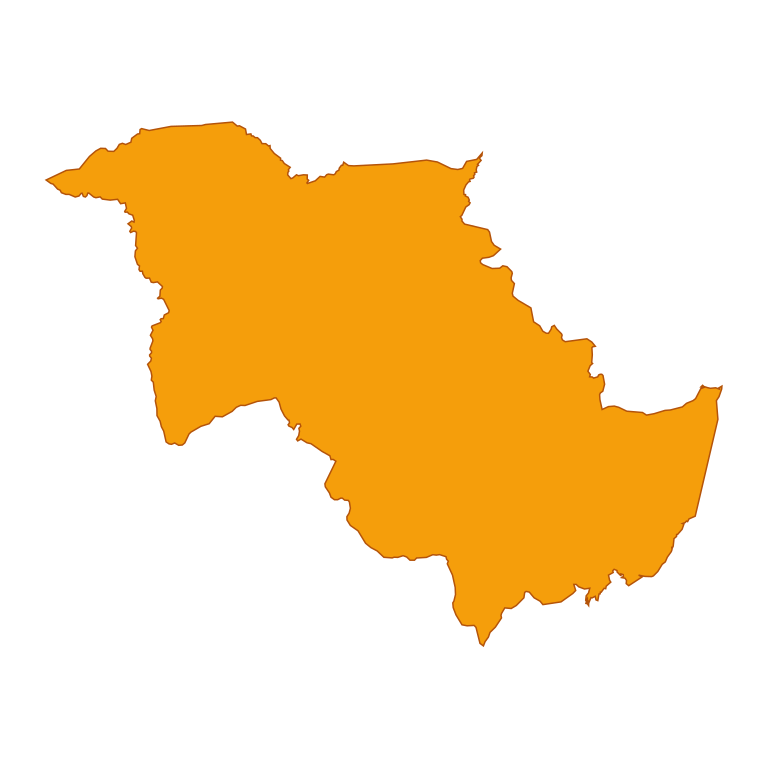 Lubero, Nord-Kivu, Democratic Republic of the Congo (orthographic projection)
{"feature_id": "63176286B45916106821058", "entity_name": "Lubero", "entity_type": "district", "adm_level": 2, "iso_a3": "COD", "parent_name": "Democratic Republic of the Congo", "parent_adm1": "Nord-Kivu", "projection": "orthographic", "projection_center": [28.988, -0.062], "detail": "fine", "context": "isolated", "style": "filled", "palette": "amber", "viewbox_px": 768, "rotation_deg": 0, "n_neighbors": 0, "source": "geoboundaries", "source_scale": "gbopen_adm2", "svg_char_len": 6097}
<svg xmlns="http://www.w3.org/2000/svg" viewBox="0 0 768 768"><path d="M166.1,441.9L169.0,443.9L171.5,444.3L174.7,443.0L178.7,445.3L182.3,445.0L184.8,442.9L189.0,434.0L191.1,432.0L200.9,426.3L209.2,423.7L215.1,416.3L222.4,416.8L232.1,411.4L236.3,407.3L240.7,405.3L245.0,405.5L257.3,401.4L270.9,399.6L274.4,397.9L276.1,397.9L279.1,402.1L281.0,409.1L284.5,415.9L288.0,420.0L289.0,420.2L289.5,423.0L288.1,424.7L288.8,426.0L292.2,427.6L293.7,429.5L296.8,424.1L300.1,424.0L300.8,426.2L298.9,428.3L299.5,431.2L298.7,435.6L296.5,439.3L297.7,440.9L301.0,439.1L307.0,442.8L311.0,443.7L322.2,451.5L329.9,455.8L331.0,459.6L333.1,459.4L335.9,461.2L324.9,483.8L325.3,486.8L329.4,492.9L331.0,497.2L334.4,499.7L337.7,499.7L340.8,498.1L342.4,498.2L344.6,500.1L348.3,500.4L349.4,502.0L350.4,508.3L349.1,513.2L346.9,516.7L347.0,520.0L350.4,525.5L358.0,530.8L365.6,543.3L370.9,547.6L377.1,550.9L383.9,557.3L392.2,557.9L394.2,557.2L397.7,557.4L403.1,555.7L406.7,557.0L410.0,560.2L414.5,560.2L416.6,558.0L426.4,557.4L432.8,554.7L436.3,555.1L439.6,554.6L446.0,556.7L446.6,559.2L448.3,561.2L447.3,563.8L452.5,575.1L455.2,587.4L455.5,594.6L453.9,601.1L452.8,602.9L453.2,607.6L456.0,614.9L462.0,624.8L467.1,625.8L474.1,625.4L476.0,627.4L480.0,643.4L483.4,645.9L485.1,641.6L488.4,637.1L490.0,632.4L495.4,627.1L501.5,617.9L501.0,615.4L501.6,613.3L504.8,607.9L511.2,608.5L516.3,605.5L523.9,597.8L524.7,592.4L526.1,591.4L529.3,592.1L534.1,597.8L540.1,601.2L542.9,604.6L561.0,601.9L572.8,593.5L575.7,590.5L573.8,584.4L576.2,584.4L578.7,586.8L584.5,589.0L589.8,588.2L588.5,593.0L586.2,595.8L585.7,600.4L586.1,601.0L587.4,598.6L587.5,600.9L588.6,601.1L587.7,602.4L586.5,601.5L585.9,603.4L587.4,603.8L588.6,605.5L588.7,603.1L591.0,597.6L592.1,597.9L595.2,596.3L596.0,599.9L597.8,600.6L599.0,594.0L600.1,593.9L600.4,592.1L601.2,592.2L604.1,588.3L605.7,588.7L606.2,586.2L610.8,582.1L609.6,580.3L608.5,575.1L613.2,572.5L612.7,570.8L614.1,569.3L617.0,570.5L617.1,572.0L620.5,575.4L621.0,575.5L620.9,573.9L623.2,574.6L623.4,576.4L621.7,577.6L625.0,578.2L626.5,580.4L626.2,583.6L628.7,585.7L642.0,577.0L638.6,575.1L644.9,576.4L651.7,576.6L653.4,575.9L657.8,571.5L662.2,564.3L665.3,561.9L667.3,557.2L671.3,551.6L672.0,549.6L671.7,546.6L672.2,548.3L673.2,546.2L674.0,538.6L676.5,536.5L676.6,534.5L677.6,534.4L682.1,529.3L683.9,524.1L682.5,523.5L685.1,522.6L686.4,521.1L687.6,521.6L689.0,518.9L695.2,516.2L717.9,419.3L716.4,400.6L719.0,396.7L721.7,389.0L721.9,386.1L718.5,388.1L720.1,389.4L715.7,387.8L710.4,388.3L707.7,387.7L703.9,386.5L702.6,385.3L700.9,387.0L703.8,387.5L700.8,388.6L695.6,398.6L693.1,400.6L686.5,403.3L682.4,406.9L670.3,410.0L665.0,410.4L654.1,413.7L646.5,415.1L642.5,412.5L626.8,411.2L618.7,407.3L614.3,406.1L608.4,406.6L602.1,409.5L599.9,399.5L599.6,394.6L600.3,393.0L602.8,391.2L604.6,384.2L603.0,375.5L601.8,374.3L600.1,374.3L598.6,375.0L597.8,376.8L593.6,378.1L592.3,377.0L589.6,376.8L590.3,374.5L587.9,371.2L590.2,365.6L592.6,363.5L591.7,362.6L592.3,354.8L591.9,347.7L592.7,346.8L595.3,346.3L591.8,342.0L586.9,338.8L565.2,341.7L562.4,339.9L561.5,337.6L562.1,335.1L561.5,333.8L556.8,329.1L554.3,325.4L551.7,326.8L551.1,329.3L548.5,333.3L546.2,333.2L542.8,331.2L539.7,325.8L533.6,321.8L530.9,307.9L518.0,300.3L513.0,296.1L512.3,293.3L514.4,283.6L511.5,280.4L511.1,277.9L512.3,273.4L511.8,271.6L507.0,266.7L502.8,265.8L499.7,268.2L492.1,268.5L482.8,264.6L480.6,262.8L480.2,260.6L482.4,258.2L488.9,257.3L493.4,255.7L500.6,249.1L494.2,245.3L491.5,241.5L489.5,232.1L487.7,229.6L464.6,224.1L462.0,221.1L462.0,219.2L460.3,216.7L461.8,215.4L465.8,207.0L469.1,204.7L470.1,202.8L468.6,201.4L469.3,200.1L468.1,197.3L465.3,195.9L465.5,194.6L463.9,194.4L463.7,190.0L466.0,184.9L468.5,181.9L470.1,181.4L469.5,180.0L470.0,179.0L473.2,178.3L474.0,177.3L473.6,175.6L474.8,174.5L474.5,172.8L476.7,172.1L476.2,169.9L476.9,166.5L478.5,165.3L477.5,164.3L481.1,160.4L479.3,158.0L481.9,155.7L482.2,153.0L476.7,159.4L466.6,161.4L462.6,168.4L457.8,169.5L451.0,168.6L437.4,162.0L426.6,160.1L393.0,163.9L353.9,165.9L348.5,165.6L343.7,162.2L342.7,165.3L341.4,165.3L339.3,168.1L338.9,170.1L336.3,171.6L335.3,173.7L333.8,174.8L328.3,174.1L326.7,174.7L324.6,177.1L320.1,176.4L315.3,180.8L307.4,183.5L306.9,182.9L308.7,180.3L307.2,179.1L307.3,175.0L303.5,174.8L298.4,175.7L296.5,174.8L292.7,178.0L290.9,178.6L287.7,174.9L287.9,172.4L288.8,171.2L288.4,169.7L290.2,167.3L284.3,163.5L282.3,160.6L280.5,160.2L280.6,158.2L274.3,153.5L270.2,148.5L270.0,145.6L268.6,146.0L265.8,143.7L262.0,143.6L260.3,140.3L257.5,137.7L255.0,137.6L253.3,136.0L251.5,135.9L250.9,133.9L246.5,134.5L245.5,129.0L239.5,125.8L237.3,126.1L232.5,122.1L205.5,124.5L201.8,125.5L171.0,126.4L149.2,130.5L141.6,128.6L140.1,129.5L139.7,133.7L137.5,134.0L131.7,138.3L130.9,142.2L125.7,144.5L122.4,143.3L119.3,144.4L117.0,148.3L113.8,151.4L108.1,151.2L105.5,148.5L100.7,148.3L95.9,150.9L89.5,156.4L79.3,169.0L66.3,170.4L46.1,180.0L50.8,183.4L53.1,184.1L57.6,189.1L60.1,190.2L61.4,192.7L65.9,194.4L69.2,194.4L75.2,197.0L79.0,196.0L81.1,193.4L82.1,193.2L83.4,196.4L85.4,197.0L86.9,195.6L87.8,193.1L88.9,193.1L93.7,197.0L95.9,197.7L100.2,196.9L102.3,199.1L110.2,200.1L117.6,199.3L120.6,203.7L125.3,202.9L126.5,208.4L124.7,211.4L125.1,212.2L127.4,212.1L128.9,213.8L132.7,215.2L134.3,220.4L134.0,222.1L131.8,221.0L128.0,223.8L131.3,226.6L131.6,228.1L129.8,231.3L130.6,232.5L133.5,231.2L135.6,231.5L136.5,232.8L135.6,245.6L137.5,248.2L135.4,250.9L134.9,256.7L137.5,264.4L139.5,265.9L139.0,269.6L140.1,271.3L142.4,271.2L142.8,273.7L144.9,277.3L146.1,278.2L149.5,278.1L151.2,282.1L153.3,282.6L157.5,281.9L162.4,286.5L162.2,288.1L160.3,290.1L159.9,296.2L157.6,298.2L158.1,298.8L161.4,298.2L163.6,299.3L169.2,310.6L168.6,312.7L164.3,315.0L163.3,318.6L161.1,318.7L160.2,319.7L161.2,321.5L160.3,322.7L152.1,325.9L151.5,327.1L153.0,330.3L150.4,335.3L152.6,338.8L152.9,340.9L150.1,348.2L150.1,349.5L151.5,351.1L151.5,352.8L149.6,354.9L149.7,356.1L151.4,358.2L150.8,361.0L147.6,364.3L151.0,371.5L151.9,376.1L151.3,380.1L153.3,382.2L154.2,390.2L156.2,396.5L155.3,400.8L156.9,408.6L157.0,415.6L160.1,421.2L161.4,426.7L163.7,431.1L166.1,441.9Z" fill="#f59e0b" stroke="#b45309" stroke-width="1.5"/></svg>